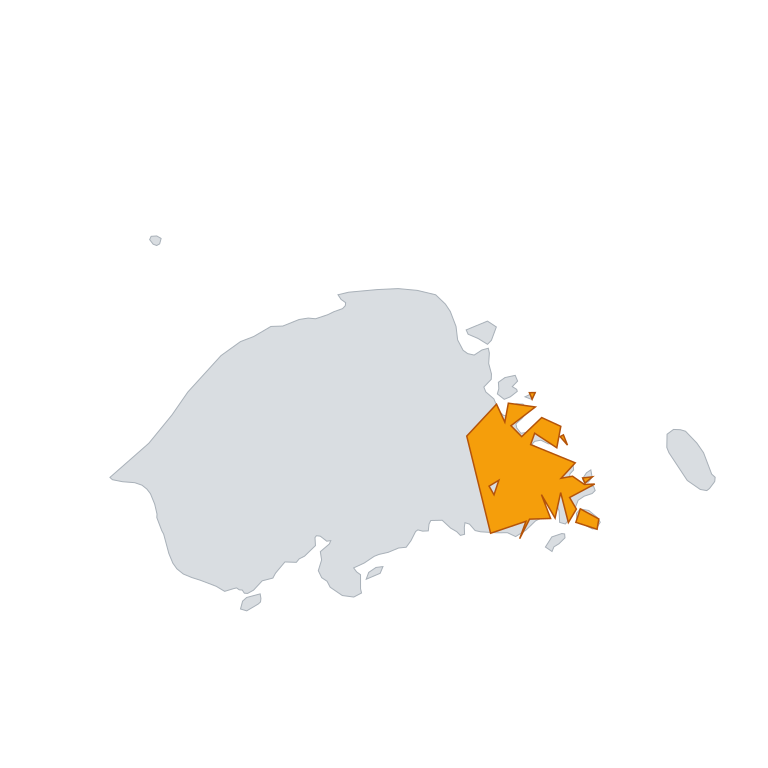 South Jeolla on a map of South Korea (Albers equal-area conic projection), rotated 253°
{"feature_id": "KOR-2506", "entity_name": "South Jeolla", "entity_type": "Metropolitan City", "adm_level": 1, "iso_a3": "KOR", "parent_name": "South Korea", "parent_adm1": "", "projection": "albers", "projection_center": [126.652, 34.734], "detail": "coarse", "context": "in_parent", "style": "filled", "palette": "amber", "viewbox_px": 768, "rotation_deg": 253, "n_neighbors": 0, "source": "natural_earth", "source_scale": "10m", "svg_char_len": 3966}
<svg xmlns="http://www.w3.org/2000/svg" viewBox="0 0 768 768"><g transform="rotate(253 384 384)"><path d="M229.5,185.4L232.1,183.4L232.3,180.5L232.3,171.0L239.6,164.4L250.1,150.9L255.2,143.5L261.0,136.5L267.8,131.9L274.4,129.7L284.8,128.7L304.8,129.4L308.8,128.6L322.7,127.7L326.0,128.9L336.1,129.6L347.3,128.6L352.9,126.5L358.0,123.0L362.5,116.8L367.0,105.4L371.9,96.3L374.8,94.6L396.1,141.8L416.4,172.2L433.7,194.1L458.8,236.4L466.5,259.1L467.5,273.3L472.1,292.7L469.0,304.1L470.5,321.7L469.2,330.8L466.4,337.6L466.7,350.4L467.8,357.3L468.2,366.4L470.2,369.9L473.0,371.1L477.4,367.7L482.8,366.1L482.1,377.1L476.3,405.0L471.1,425.4L463.8,443.2L454.2,459.5L442.4,466.1L434.0,468.6L418.0,469.7L404.6,467.3L393.1,469.5L388.6,472.9L385.3,478.7L387.9,487.6L387.7,494.2L382.8,493.8L373.0,490.1L362.2,489.7L357.1,487.9L351.9,478.6L346.7,479.0L337.7,484.7L323.9,486.1L319.0,489.2L317.4,493.1L319.4,498.0L326.5,504.4L324.2,511.0L317.0,514.3L311.0,506.3L307.3,498.5L303.2,498.1L296.9,500.4L295.6,508.9L298.6,514.7L303.6,521.4L296.8,529.2L295.0,534.7L290.1,538.8L276.8,530.0L278.7,523.7L284.4,517.6L285.1,511.4L283.1,507.7L264.3,523.6L252.6,541.5L246.4,540.2L243.7,535.6L240.1,533.8L227.4,545.3L225.1,554.5L220.4,554.8L218.4,551.0L218.2,542.7L216.1,535.7L203.0,525.4L197.1,516.5L200.3,511.5L211.2,514.3L219.9,513.9L218.2,509.7L215.4,507.7L221.1,505.3L225.9,500.5L221.9,499.1L215.9,502.0L210.8,500.6L208.8,488.9L202.7,476.9L199.6,465.3L205.7,458.6L208.8,448.2L214.4,433.2L217.2,428.3L225.0,424.8L227.7,420.9L223.5,418.9L216.7,417.1L216.9,412.8L221.5,410.4L226.7,405.6L236.7,399.8L239.8,388.8L236.9,386.1L230.6,383.4L232.0,377.9L234.6,373.7L233.7,371.1L226.3,364.0L221.4,357.5L222.9,350.0L221.8,338.8L222.5,329.4L222.1,324.3L218.6,312.8L217.0,301.2L212.3,302.9L208.5,305.8L195.0,301.7L190.7,301.4L189.1,292.8L193.9,282.3L205.4,273.1L212.0,271.9L217.0,267.8L224.7,266.6L234.0,272.9L242.3,274.1L247.0,285.0L249.8,287.3L250.4,283.3L257.1,278.6L258.7,275.0L257.3,273.1L249.5,271.2L242.6,257.7L241.6,251.8L239.1,248.0L242.8,237.2L234.8,224.9L230.9,221.0L231.4,210.0L227.3,202.9L225.0,199.0L223.6,192.3L224.8,189.3L228.4,188.2L229.5,185.4ZM202.0,671.0L198.0,673.4L194.3,671.9L193.3,670.8L188.9,664.7L187.7,661.5L190.7,655.6L203.1,645.8L234.9,636.4L240.6,635.9L253.2,640.0L255.9,647.6L253.6,654.1L250.7,658.5L236.1,665.9L224.8,669.5L202.0,671.0ZM413.9,501.3L405.7,508.1L394.4,499.5L391.7,494.6L400.0,487.3L407.0,479.0L411.7,478.4L413.9,501.3ZM354.8,501.6L353.9,512.0L347.7,512.6L344.0,505.9L340.1,509.3L338.0,509.3L334.8,501.0L334.2,494.5L341.4,489.5L345.9,492.4L352.2,493.9L354.8,501.6ZM194.2,548.8L188.6,550.4L185.5,546.7L183.2,545.7L184.5,540.9L193.7,531.5L195.5,528.2L204.0,530.2L207.1,535.2L203.2,542.8L194.2,548.8ZM220.0,190.2L219.5,204.2L214.9,203.6L211.7,202.2L210.4,199.5L207.2,186.4L210.8,181.0L217.7,185.3L220.0,190.2ZM189.0,510.3L187.8,512.9L184.0,512.1L180.1,504.7L178.6,498.9L174.7,495.7L180.9,490.7L188.7,499.8L189.0,510.3ZM210.9,322.7L209.7,329.6L204.1,325.0L202.5,309.9L208.3,314.3L210.9,322.7ZM592.0,210.0L588.3,213.4L583.6,210.4L582.9,207.1L585.2,204.1L590.6,202.1L593.3,204.5L592.0,210.0ZM239.9,551.7L241.4,556.7L234.3,555.8L230.5,550.9L231.0,546.7L235.3,546.1L239.9,551.7ZM331.6,522.2L330.7,525.5L326.2,520.6L330.5,515.1L331.6,522.2Z" fill="#d9dde1" stroke="#a8b0b8" stroke-width="1"/><path d="M331.8,485.7L312.2,488.4L329.3,497.3L317.8,522.0L307.0,493.2L293.4,500.3L305.8,525.0L291.8,540.7L272.5,530.6L292.9,513.7L283.2,506.5L252.7,543.8L242.1,525.8L240.7,537.3L229.4,546.2L226.7,556.3L221.2,528.3L208.1,531.4L197.6,519.8L228.5,521.2L205.8,508.4L232.2,502.2L206.7,504.0L212.2,483.7L196.4,468.5L211.2,479.6L210.1,442.3L310.0,447.9L331.8,485.7ZM258.4,465.7L255.6,454.6L245.9,456.8L258.4,465.7ZM207.2,535.2L192.1,550.0L182.8,545.3L195.6,527.0L207.2,535.2ZM236.1,546.5L234.3,556.2L230.5,547.2L236.1,546.5ZM271.9,541.6L282.2,537.0L282.9,540.7L271.9,541.6ZM326.1,521.2L333.2,520.5L331.6,526.0L326.1,521.2Z" fill="#f59e0b" stroke="#b45309" stroke-width="1.5"/></g></svg>